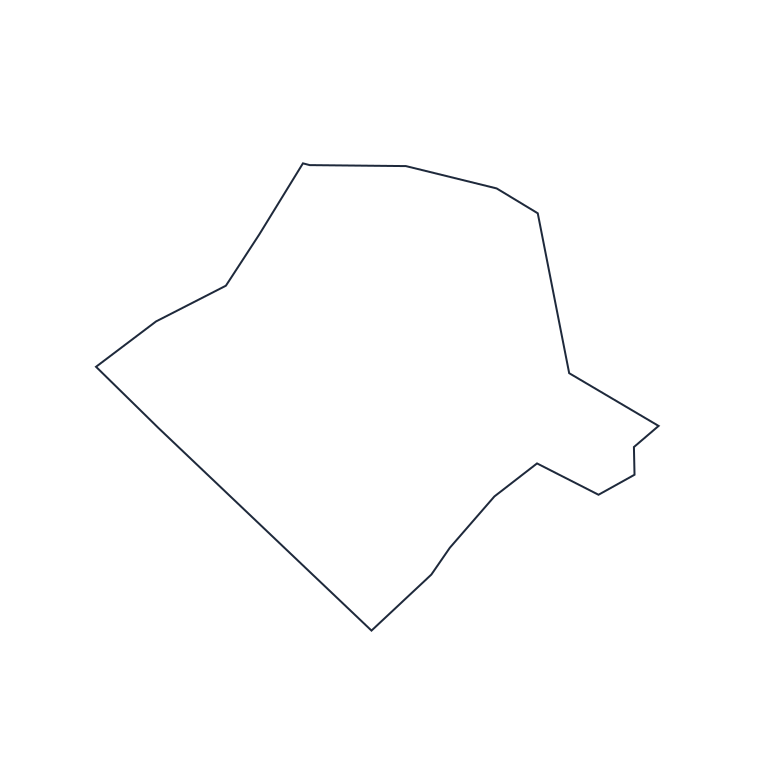 the district of Grass Street, Castries, Saint Lucia, rotated 297°
{"feature_id": "8701671B71359677826666", "entity_name": "Grass Street", "entity_type": "district", "adm_level": 2, "iso_a3": "LCA", "parent_name": "Saint Lucia", "parent_adm1": "Castries", "projection": "equal_earth", "projection_center": [-60.988, 14.007], "detail": "fine", "context": "isolated", "style": "outline", "palette": "slate", "viewbox_px": 768, "rotation_deg": 297, "n_neighbors": 0, "source": "geoboundaries", "source_scale": "gbopen_adm2", "svg_char_len": 418}
<svg xmlns="http://www.w3.org/2000/svg" viewBox="0 0 768 768"><g transform="rotate(297 384 384)"><path d="M158.6,484.8L235.7,512.7L268.0,517.0L333.9,533.4L382.7,556.4L382.7,625.4L416.9,648.4L441.3,635.3L471.3,647.7L477.7,544.1L605.9,443.5L609.4,395.6L588.1,304.6L545.3,218.4L543.8,211.6L460.8,205.0L399.8,198.5L336.3,152.5L268.6,119.6L242.3,203.3L158.6,484.8Z" fill="none" stroke="#1e293b" stroke-width="2"/></g></svg>